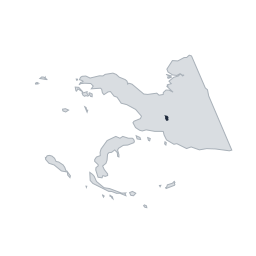 Sina Sina Yonggomugl District, Chimbu, Papua New Guinea (highlighted), rotated 157°
{"feature_id": "67681753B55512371565991", "entity_name": "Sina Sina Yonggomugl District", "entity_type": "district", "adm_level": 2, "iso_a3": "PNG", "parent_name": "Papua New Guinea", "parent_adm1": "Chimbu", "projection": "equal_earth", "projection_center": [145.006, -6.094], "detail": "fine", "context": "in_parent", "style": "filled", "palette": "slate", "viewbox_px": 256, "rotation_deg": 157, "n_neighbors": 0, "source": "geoboundaries", "source_scale": "gbopen_adm2", "svg_char_len": 4124}
<svg xmlns="http://www.w3.org/2000/svg" viewBox="0 0 256 256"><g transform="rotate(157 128 128)"><path d="M41.4,169.5L41.2,134.7L39.9,132.1L41.2,125.9L41.1,67.1L43.6,67.4L55.6,74.5L63.7,78.3L70.8,80.0L77.3,85.9L82.1,86.2L89.2,94.5L92.1,95.1L97.2,102.0L97.5,107.5L96.9,111.1L104.6,114.4L112.0,119.2L116.0,119.7L118.2,121.4L120.9,125.4L121.4,130.9L119.8,131.9L112.9,131.8L111.0,133.6L113.7,142.1L120.0,150.0L124.6,153.5L126.0,160.6L128.4,162.8L129.9,168.4L132.3,169.0L137.1,168.1L137.8,170.4L137.1,174.0L137.8,175.4L146.5,178.4L143.6,180.2L144.9,183.5L150.5,186.2L154.1,187.3L156.2,186.9L153.7,188.5L151.5,188.1L151.1,188.6L152.0,189.9L153.8,191.4L151.9,193.2L150.0,193.5L146.5,192.3L143.4,188.8L133.9,187.2L130.7,185.7L128.1,186.3L120.4,184.4L117.9,181.9L116.2,178.2L111.7,173.7L110.6,171.5L111.1,168.5L109.8,169.0L107.2,166.8L100.2,153.1L96.7,151.2L87.9,148.8L86.6,146.1L82.5,145.1L81.6,146.9L78.2,148.1L75.4,146.8L72.5,143.4L75.9,151.0L74.7,151.0L75.2,152.2L74.6,152.4L70.9,151.9L72.0,155.1L66.0,156.8L61.5,156.2L59.4,157.0L58.5,156.9L57.3,154.5L55.6,155.0L57.0,155.0L58.8,157.7L62.5,157.3L66.2,159.4L69.3,163.9L69.2,167.0L60.8,172.7L56.0,170.3L48.9,170.9L46.4,170.0L43.2,171.1L41.4,169.5ZM167.9,92.4L169.7,94.0L171.4,92.3L174.8,94.4L174.1,101.9L173.0,104.0L170.2,104.8L169.8,105.9L171.7,110.4L170.9,112.0L168.4,113.6L164.3,113.4L163.2,116.5L161.0,119.2L152.1,124.6L142.5,125.0L139.4,121.7L136.1,122.3L131.6,118.4L127.9,116.8L127.2,115.3L127.3,113.3L128.3,112.2L134.9,112.4L139.1,113.9L144.6,113.0L146.2,111.8L146.8,106.9L147.7,104.9L148.6,105.9L147.5,109.6L148.8,113.0L152.7,112.0L155.2,112.8L157.1,111.8L159.9,106.5L162.1,104.1L166.2,102.9L166.1,99.0L164.7,93.7L165.3,92.2L167.9,92.4ZM216.1,131.3L215.6,133.0L215.3,132.5L213.3,134.0L211.0,133.5L208.9,131.8L207.4,128.8L207.3,125.3L205.1,123.8L202.2,119.4L201.6,116.5L201.9,111.7L206.1,114.5L210.4,122.8L214.6,126.5L216.1,131.3ZM183.3,94.5L180.5,102.1L178.7,99.0L178.0,96.8L177.9,91.1L173.4,82.4L168.7,79.5L159.2,70.5L155.4,69.1L156.4,68.7L156.4,66.5L161.1,71.2L164.0,72.3L167.9,76.0L170.5,77.2L182.0,90.7L183.3,94.5ZM107.6,57.1L116.6,57.4L116.7,58.4L115.5,58.5L114.0,60.3L108.7,59.8L106.3,60.8L106.1,59.5L107.0,59.1L106.9,57.7L107.6,57.1ZM152.5,173.0L154.2,174.3L155.5,174.1L156.6,175.6L156.7,178.1L156.2,178.6L155.8,177.9L151.4,177.4L152.3,176.0L151.5,173.2L152.5,173.0ZM151.8,67.9L148.7,67.9L146.3,64.9L149.4,63.5L151.7,64.9L151.8,67.9ZM158.9,183.6L160.9,182.0L161.4,182.6L160.6,186.3L157.5,184.7L155.4,178.7L158.9,183.6ZM175.7,167.7L179.1,167.1L180.8,168.7L181.3,169.3L180.9,170.9L178.0,170.2L175.7,167.7ZM183.4,204.0L189.8,208.0L187.4,208.7L185.4,207.6L185.1,206.6L184.3,207.0L184.7,206.3L183.4,204.0ZM123.5,117.7L120.7,114.6L120.9,112.5L123.9,114.4L123.5,117.7ZM150.4,175.3L149.5,175.4L147.7,173.3L148.8,170.8L150.1,171.7L150.4,175.3ZM200.9,111.6L199.7,106.5L200.8,105.0L201.9,108.2L200.9,111.6ZM113.6,111.5L111.6,109.6L113.1,107.7L114.0,108.7L113.6,111.5ZM144.0,50.4L142.9,50.8L141.4,49.1L141.8,47.3L143.5,48.5L144.0,50.4ZM100.5,99.1L99.3,100.9L98.5,99.5L99.8,97.5L100.5,99.1ZM159.5,158.5L159.5,164.5L158.6,163.3L159.0,160.8L158.1,160.1L159.5,158.5ZM70.1,160.1L72.0,162.5L67.3,158.6L70.1,160.1ZM71.7,159.5L69.2,158.5L68.6,157.7L71.7,158.0L71.7,159.5ZM195.9,204.5L195.7,205.4L194.0,205.5L192.9,204.3L194.0,204.6L193.8,203.8L195.9,204.5ZM177.6,73.9L177.7,76.7L176.5,74.7L177.6,73.9ZM171.3,72.4L170.8,73.2L169.6,71.2L169.8,70.8L171.3,72.4ZM156.7,192.1L156.5,193.3L155.4,192.7L155.6,191.9L156.7,192.1ZM170.3,70.2L169.3,70.6L169.5,68.6L170.3,70.2ZM121.4,61.4L121.5,62.8L120.2,62.4L121.4,61.4ZM189.5,89.6L189.4,90.9L188.7,90.5L189.5,89.6Z" fill="#d9dde1" stroke="#a8b0b8" stroke-width="1"/><path d="M89.3,120.3L88.7,120.0L88.2,120.1L88.2,120.3L88.1,120.5L88.0,120.8L87.9,121.0L87.8,120.9L87.9,121.1L87.7,121.8L87.4,122.0L87.4,122.3L87.5,122.3L87.5,122.5L87.6,122.8L87.6,123.0L87.6,123.3L87.8,123.5L88.2,123.7L88.3,123.7L88.4,123.8L88.5,123.8L88.7,124.0L88.7,123.9L88.7,123.7L88.8,123.5L88.8,123.4L88.9,123.2L88.7,123.1L88.7,122.9L88.8,122.8L88.8,122.7L89.0,122.5L89.1,122.2L89.5,121.8L89.2,121.3L89.3,120.3Z" fill="#64748b" stroke="#1e293b" stroke-width="1.5"/></g></svg>